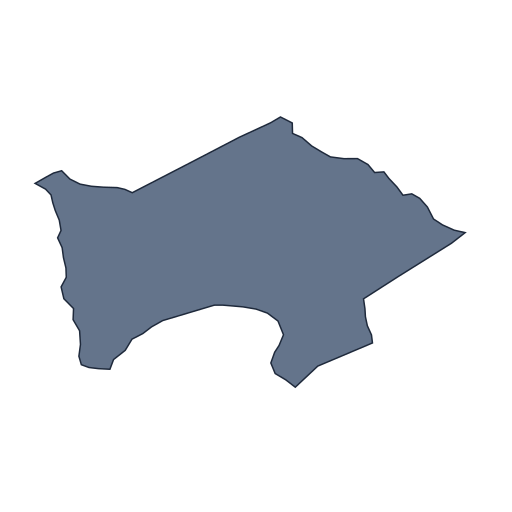 outline of Pilar, Paraíba, Brazil, rotated 263°
{"feature_id": "56859067B15568189766484", "entity_name": "Pilar", "entity_type": "district", "adm_level": 2, "iso_a3": "BRA", "parent_name": "Brazil", "parent_adm1": "Paraíba", "projection": "orthographic", "projection_center": [-35.268, -7.284], "detail": "fine", "context": "isolated", "style": "filled", "palette": "slate", "viewbox_px": 512, "rotation_deg": 263, "n_neighbors": 0, "source": "geoboundaries", "source_scale": "gbopen_adm2", "svg_char_len": 1199}
<svg xmlns="http://www.w3.org/2000/svg" viewBox="0 0 512 512"><g transform="rotate(263 256 256)"><path d="M253.7,466.4L257.5,455.8L264.2,444.8L271.1,436.7L283.7,432.1L293.3,425.5L298.7,418.2L298.4,409.3L307.5,404.2L316.7,397.4L323.9,393.2L324.4,383.9L333.1,378.3L340.3,368.6L341.9,355.1L345.3,341.9L351.6,333.4L358.4,324.7L367.9,316.1L373.2,307.2L383.6,308.2L391.0,297.2L386.4,286.6L375.9,253.9L357.1,203.6L333.9,140.9L338.1,134.0L340.8,126.6L342.9,112.9L345.3,101.0L348.8,90.1L355.0,80.7L364.3,73.5L363.0,65.1L360.1,57.8L355.0,45.6L348.0,55.3L341.6,60.0L333.6,60.8L325.6,62.3L315.6,65.1L305.1,65.6L298.2,61.3L287.9,64.6L277.8,64.7L267.3,65.9L258.0,65.1L249.1,58.8L237.0,60.1L226.1,68.5L215.1,66.7L203.3,71.8L189.6,71.0L178.1,68.0L169.4,69.4L165.7,76.6L163.4,85.9L161.4,97.2L170.6,102.0L178.3,114.7L188.6,122.8L192.8,134.2L198.4,143.7L203.3,155.6L212.3,208.6L211.3,217.0L209.4,226.1L207.1,236.9L203.3,249.6L197.9,260.4L188.8,269.9L174.5,273.7L164.4,268.0L158.2,262.8L148.0,257.7L137.0,260.7L129.5,270.4L121.0,279.0L139.2,303.9L155.5,361.0L163.6,361.0L173.2,358.0L182.4,357.2L190.4,357.7L200.4,357.5L218.2,394.5L244.9,451.7L253.7,466.4Z" fill="#64748b" stroke="#1e293b" stroke-width="1.5"/></g></svg>